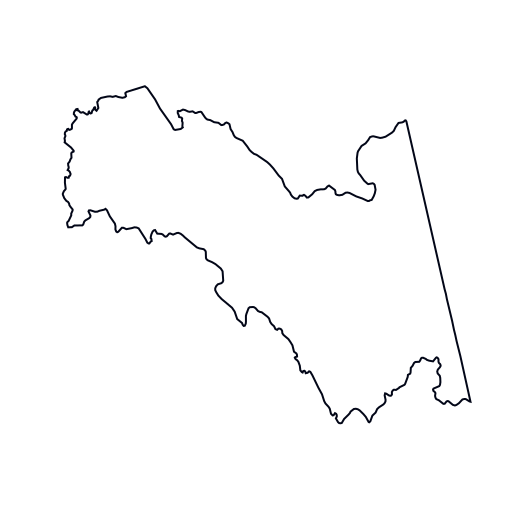 Sakania, Katanga, Democratic Republic of the Congo, rotated 347°
{"feature_id": "63176286B52056185132037", "entity_name": "Sakania", "entity_type": "district", "adm_level": 2, "iso_a3": "COD", "parent_name": "Democratic Republic of the Congo", "parent_adm1": "Katanga", "projection": "equal_earth", "projection_center": [28.713, -12.599], "detail": "fine", "context": "isolated", "style": "outline", "palette": "ink", "viewbox_px": 512, "rotation_deg": 347, "n_neighbors": 0, "source": "geoboundaries", "source_scale": "gbopen_adm2", "svg_char_len": 6036}
<svg xmlns="http://www.w3.org/2000/svg" viewBox="0 0 512 512"><g transform="rotate(347 256 256)"><path d="M79.5,185.8L83.1,186.5L85.9,185.4L93.6,187.1L94.7,186.5L96.4,183.8L97.8,182.9L102.0,181.6L103.3,180.7L103.8,179.3L102.8,174.9L103.5,174.0L104.9,174.2L109.1,176.7L111.4,177.1L113.7,176.7L118.5,176.7L120.0,176.2L121.1,178.0L122.5,184.5L125.8,192.7L125.8,195.4L125.0,198.5L125.3,200.7L126.1,201.6L127.3,201.4L131.7,198.3L133.2,198.7L135.7,200.7L141.2,200.9L144.0,200.7L146.1,201.4L147.9,202.7L152.1,214.5L153.1,218.5L154.1,219.6L154.9,219.8L156.6,218.3L157.7,218.0L157.9,215.8L157.4,214.9L157.9,213.4L158.9,211.4L160.8,208.9L162.3,208.0L163.5,208.0L164.8,212.0L168.8,213.2L169.9,214.0L171.4,216.3L172.4,216.9L173.6,216.7L176.4,214.7L177.4,214.7L180.0,216.5L184.1,215.8L185.6,216.0L187.6,217.4L189.4,219.6L190.8,221.8L200.3,234.3L202.5,235.8L206.6,237.6L207.8,239.4L208.0,240.7L206.8,246.7L207.1,248.1L208.1,249.4L211.8,252.1L214.6,254.7L218.9,260.3L220.0,263.4L218.5,272.7L217.7,273.8L216.2,274.7L212.4,275.0L210.3,276.5L209.0,278.3L208.6,280.1L209.1,282.3L210.4,286.1L212.9,290.3L221.0,301.0L222.7,305.4L223.5,313.2L227.3,318.1L227.6,320.1L228.3,321.4L229.4,321.4L230.8,319.6L231.4,317.8L232.7,312.1L233.6,310.3L237.0,305.2L238.4,304.5L241.5,305.0L242.5,305.4L243.8,306.7L245.6,310.1L247.3,311.4L248.9,312.1L253.6,317.8L254.7,319.8L255.0,323.4L255.9,325.8L257.8,328.5L258.5,331.6L260.0,332.7L261.5,331.8L262.8,332.1L264.1,333.2L264.6,334.9L264.3,337.2L265.1,339.2L268.9,344.3L270.2,347.6L271.4,351.2L271.5,357.8L273.4,360.0L273.7,361.2L273.4,363.2L271.4,363.4L270.9,363.8L271.4,365.4L272.7,366.9L273.5,368.7L274.0,372.7L273.5,377.4L274.5,379.4L275.2,380.0L276.2,378.7L277.3,378.7L278.0,379.6L278.1,381.4L280.0,381.4L281.8,380.3L282.9,381.1L284.1,384.9L287.2,398.5L289.2,405.6L289.8,412.7L290.5,415.3L292.8,419.3L293.5,421.3L293.6,426.6L294.8,428.6L295.8,428.6L297.6,426.9L298.6,427.8L298.9,429.1L298.6,430.6L297.3,432.2L298.6,436.4L299.4,437.5L300.7,438.0L302.0,438.0L305.2,434.6L310.6,431.3L312.3,430.0L313.1,428.9L316.9,427.1L318.9,427.3L320.7,428.2L322.3,429.8L325.1,434.2L326.8,437.5L328.4,443.1L328.9,443.5L330.2,442.8L333.5,437.7L337.3,435.5L339.6,432.4L341.8,431.1L346.7,429.3L348.1,428.4L349.4,426.9L349.9,425.3L350.0,420.7L350.9,418.9L352.0,419.5L354.2,421.8L355.3,422.4L356.3,422.4L357.3,421.5L357.8,419.1L359.0,417.8L360.3,417.3L362.3,418.0L365.7,416.7L366.2,416.2L371.7,414.9L372.5,414.2L376.6,408.0L377.3,406.0L379.8,405.3L380.4,404.2L381.7,399.8L383.9,398.2L385.9,395.8L387.4,395.1L391.2,395.8L392.3,394.9L393.8,392.9L394.6,392.5L395.9,392.7L398.3,394.5L399.1,395.6L401.1,396.9L404.8,398.5L408.5,395.6L409.3,395.4L410.1,396.2L410.6,397.6L410.0,400.2L410.3,401.6L411.1,402.7L411.3,404.0L411.1,404.7L410.1,405.8L407.6,407.6L406.6,409.3L406.6,411.3L408.1,414.0L408.1,416.2L407.3,420.4L406.3,422.9L405.3,424.0L399.2,425.1L398.5,425.8L398.5,427.3L399.7,428.9L400.0,430.0L399.0,432.6L399.0,434.4L399.5,436.0L401.7,437.7L405.3,442.2L406.6,442.4L408.9,440.6L409.9,440.4L410.9,440.8L414.3,445.3L416.2,446.4L417.8,446.2L420.6,445.1L424.9,442.2L426.9,442.2L428.2,442.6L431.3,445.7L432.2,446.2L432.6,399.6L432.3,384.0L432.4,377.8L432.3,372.5L432.5,363.4L432.3,340.9L432.5,335.6L432.3,330.7L432.8,158.7L432.3,157.5L431.4,157.5L430.1,158.4L428.5,158.7L424.8,158.4L421.0,161.8L418.4,165.1L416.2,166.4L409.1,168.9L405.6,169.1L403.5,168.9L397.4,165.8L396.1,165.6L393.9,165.8L391.3,168.4L388.1,170.9L383.6,172.5L379.0,176.9L378.2,178.2L376.2,183.6L374.2,194.5L374.2,196.9L374.7,198.7L375.7,200.5L378.3,206.9L380.8,210.5L381.5,211.2L386.1,211.4L387.1,212.3L387.6,213.4L387.4,218.3L385.9,221.6L384.1,224.3L381.3,227.4L379.6,227.4L378.6,227.8L377.3,227.6L372.4,223.8L367.1,220.5L361.3,215.6L359.3,214.7L357.5,214.5L353.9,215.8L350.7,215.6L348.7,214.7L347.7,213.8L347.6,212.5L347.9,210.9L347.7,209.4L343.0,203.8L341.3,204.3L339.0,206.0L337.3,206.3L334.0,205.6L330.4,205.4L327.8,206.0L324.6,208.5L320.2,210.7L318.7,210.5L317.7,208.5L316.5,207.2L315.9,207.2L315.0,207.8L312.2,207.0L309.7,209.4L308.6,209.4L306.6,208.5L304.8,206.3L303.8,204.0L303.5,202.0L302.8,200.5L299.7,194.7L298.7,186.7L296.2,182.7L292.6,174.5L290.1,170.0L288.1,167.1L284.1,162.7L279.3,157.5L277.0,156.0L275.0,153.5L273.6,151.3L272.1,147.3L269.0,140.7L263.5,136.6L262.2,135.1L261.5,133.1L261.0,130.0L259.8,126.6L259.8,121.7L259.0,120.6L257.4,119.3L256.0,119.5L254.4,120.6L252.7,120.8L251.6,120.6L249.4,117.8L245.3,116.2L242.0,113.3L239.3,112.1L238.2,110.8L237.5,109.5L235.2,103.5L234.5,103.0L232.5,102.8L230.1,103.2L228.9,103.0L226.8,100.8L223.8,100.6L222.3,99.9L219.8,97.9L217.8,96.9L214.3,97.8L213.1,97.2L212.4,97.2L211.9,99.0L212.4,101.7L212.3,103.2L214.6,104.5L215.0,105.4L214.2,107.8L214.5,109.3L214.2,110.6L213.4,113.1L213.6,114.2L211.2,115.3L205.6,115.0L204.3,114.0L202.9,108.5L195.6,90.7L192.9,80.7L187.9,68.1L185.9,65.6L166.9,67.0L165.3,67.9L165.3,71.1L163.9,71.8L161.4,71.8L157.6,70.1L155.4,68.6L152.1,68.7L149.8,67.6L147.2,67.2L140.5,67.1L137.8,68.2L137.4,69.0L135.9,70.3L135.7,76.3L133.3,78.6L132.4,77.5L132.2,76.4L132.7,75.3L132.5,74.8L131.7,75.0L130.2,77.0L129.3,77.4L127.9,79.8L126.8,79.9L126.4,79.5L125.8,77.7L125.2,78.1L124.8,79.4L123.8,80.2L123.0,80.1L119.8,76.9L117.8,77.0L117.2,76.6L115.8,74.4L114.8,73.9L115.2,73.4L115.2,72.6L113.9,72.5L111.5,74.4L110.7,75.7L110.4,76.9L110.9,77.5L111.5,79.6L112.4,80.2L112.5,81.0L112.1,81.8L107.2,85.5L106.2,86.6L105.4,90.1L105.0,90.7L102.8,91.2L102.1,90.9L101.7,89.9L100.8,89.9L100.3,90.2L99.8,91.5L98.6,91.8L97.6,92.8L97.1,94.3L97.3,95.1L97.3,96.2L95.9,98.2L95.7,101.1L95.1,102.2L100.2,108.7L102.0,112.4L101.8,113.2L99.7,113.7L99.1,114.4L98.3,118.8L96.9,120.1L95.6,122.1L93.7,123.6L93.4,125.6L93.5,127.0L93.3,128.1L91.8,129.9L92.7,130.7L93.5,132.1L93.8,134.4L92.9,135.9L91.8,136.2L91.1,137.6L90.0,137.4L88.6,136.3L87.6,136.4L86.3,141.6L85.7,147.6L85.4,148.2L83.4,149.6L81.8,151.8L81.6,152.8L82.2,156.5L83.6,159.6L85.0,161.0L85.7,162.8L85.6,164.4L86.2,166.1L87.8,169.4L87.5,170.5L85.5,173.1L85.1,174.9L81.3,179.7L80.0,180.4L79.4,181.2L79.2,183.4L79.5,185.8Z" fill="none" stroke="#020617" stroke-width="2"/></g></svg>